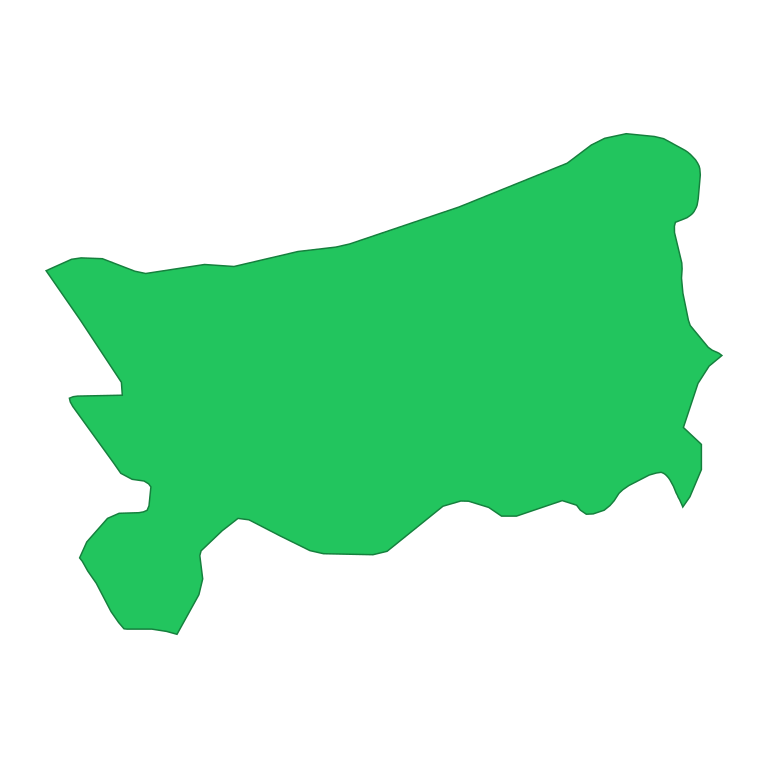 map outline of Zacapa (Mercator projection)
{"feature_id": "GTM-1963", "entity_name": "Zacapa", "entity_type": "Department", "adm_level": 1, "iso_a3": "GTM", "parent_name": "Guatemala", "parent_adm1": "", "projection": "mercator", "projection_center": [-89.448, 15.041], "detail": "fine", "context": "isolated", "style": "filled", "palette": "green", "viewbox_px": 768, "rotation_deg": 0, "n_neighbors": 0, "source": "natural_earth", "source_scale": "10m", "svg_char_len": 1678}
<svg xmlns="http://www.w3.org/2000/svg" viewBox="0 0 768 768"><path d="M721.9,355.5L709.1,366.1L698.0,383.4L683.4,427.5L701.4,444.4L701.4,469.6L689.9,496.8L682.8,507.0L682.5,506.2L679.6,499.7L678.3,497.5L677.4,495.3L676.2,493.1L673.5,486.4L669.9,479.8L668.5,477.8L667.0,476.1L665.4,474.5L663.6,473.3L661.2,472.3L656.4,473.0L649.3,475.0L628.9,485.5L622.7,489.8L618.9,493.4L614.2,500.7L609.9,505.6L604.2,510.2L593.2,513.9L586.3,514.2L580.3,510.1L576.6,505.2L562.2,500.6L516.5,516.1L501.5,516.1L488.7,507.4L468.5,501.2L460.8,501.0L443.0,506.2L387.1,551.3L373.0,554.7L323.5,553.7L309.9,550.6L280.3,536.0L248.9,519.8L238.0,518.4L222.2,530.7L201.1,550.8L199.8,555.6L202.7,578.9L198.9,594.7L177.0,634.3L166.5,631.4L151.8,629.1L127.0,629.1L124.0,628.8L118.7,622.6L111.1,611.7L96.3,583.3L87.8,571.1L82.3,561.3L79.6,557.9L86.8,541.9L107.5,518.4L119.1,513.3L138.9,512.7L143.4,511.9L147.1,510.3L149.0,505.8L150.9,486.9L148.6,483.8L144.0,481.0L132.1,479.3L120.8,473.3L113.5,462.8L72.8,406.5L70.3,402.0L69.4,398.2L73.2,396.7L77.6,396.1L122.3,395.2L121.4,382.3L80.2,319.9L46.1,270.7L71.5,259.3L81.1,257.9L102.4,258.7L134.8,271.2L145.7,273.5L204.5,264.5L234.0,266.5L298.0,251.5L335.8,247.1L349.5,244.0L459.0,207.0L567.2,163.2L591.3,145.0L604.7,138.3L626.2,133.7L654.5,136.5L663.7,138.7L685.3,150.5L687.9,152.3L690.9,154.9L695.5,159.8L697.6,163.1L699.1,166.1L699.8,168.8L700.3,174.9L698.2,198.9L697.1,205.1L696.3,207.3L694.0,211.6L692.5,213.5L690.8,215.0L687.0,217.7L675.4,222.3L674.4,226.2L674.5,232.6L681.8,263.0L682.1,268.9L681.5,278.1L682.9,293.2L688.4,320.2L690.2,325.5L708.2,347.3L712.2,350.2L718.9,353.2L721.4,355.1L721.9,355.5Z" fill="#22c55e" stroke="#15803d" stroke-width="1.5"/></svg>